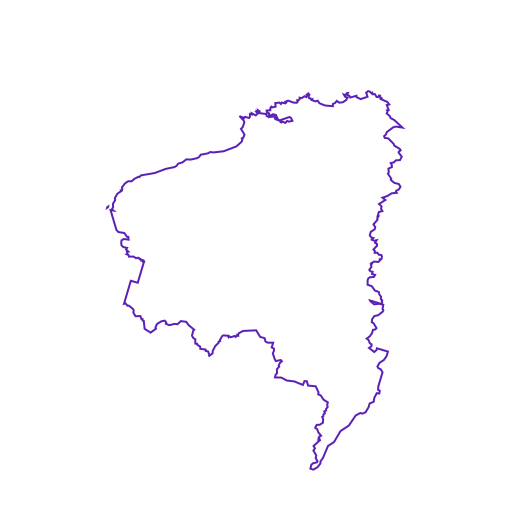 Clutha District, Otago, New Zealand, rotated 196°
{"feature_id": "76426892B1616776897166", "entity_name": "Clutha District", "entity_type": "district", "adm_level": 2, "iso_a3": "NZL", "parent_name": "New Zealand", "parent_adm1": "Otago", "projection": "robinson", "projection_center": [169.665, -46.039], "detail": "fine", "context": "isolated", "style": "outline", "palette": "violet", "viewbox_px": 512, "rotation_deg": 196, "n_neighbors": 0, "source": "geoboundaries", "source_scale": "gbopen_adm2", "svg_char_len": 6139}
<svg xmlns="http://www.w3.org/2000/svg" viewBox="0 0 512 512"><g transform="rotate(196 256 256)"><path d="M145.1,66.6L141.9,66.5L138.7,69.9L136.9,74.2L137.4,76.4L136.0,80.2L134.4,93.3L129.7,98.7L126.5,111.0L120.0,118.6L116.2,130.2L112.5,133.8L110.3,133.8L107.6,136.0L106.1,141.7L106.1,145.6L102.7,148.3L103.2,152.3L102.1,157.4L99.6,157.8L99.9,160.6L101.8,161.1L102.5,164.5L102.3,179.1L104.9,181.5L107.6,182.0L108.8,183.2L107.9,187.3L104.5,191.2L102.9,195.6L102.8,200.5L114.3,200.6L114.2,198.9L115.9,196.3L122.0,198.8L120.2,201.0L120.5,202.9L122.5,203.5L124.9,206.5L126.8,207.1L124.5,210.1L123.2,213.9L123.2,217.3L121.1,218.2L120.3,219.9L124.6,223.9L126.4,224.2L127.0,227.2L125.7,230.9L122.3,232.7L118.8,237.5L118.6,239.0L119.8,240.0L120.2,244.2L124.2,244.1L129.2,242.1L133.8,244.2L134.2,244.7L121.9,244.5L121.9,246.3L122.8,247.3L122.5,248.2L124.3,249.3L124.5,251.3L126.7,252.9L128.1,255.3L132.1,255.5L136.4,258.9L140.8,259.1L142.0,263.4L141.9,265.3L140.7,266.9L136.9,268.4L136.3,270.7L139.5,270.7L139.5,272.9L142.0,272.9L143.3,274.0L142.0,277.4L143.1,279.1L142.5,280.4L143.3,280.7L140.9,283.2L136.8,284.0L135.6,286.0L136.1,287.0L134.6,287.5L134.8,290.4L135.8,291.5L138.3,291.1L140.3,292.6L142.8,291.8L143.1,293.5L144.9,294.6L142.5,299.2L143.1,301.0L145.2,301.5L144.4,304.4L146.4,303.3L149.2,303.6L148.2,305.6L150.1,305.6L152.3,307.1L152.3,310.9L149.3,314.3L149.3,316.6L151.8,318.8L149.2,324.3L149.8,325.5L149.2,328.0L150.1,327.8L150.0,332.2L146.9,334.0L148.8,335.9L149.0,338.3L152.1,339.9L147.1,345.5L150.5,346.9L146.2,349.9L142.8,353.7L138.2,355.5L139.3,356.3L139.2,357.3L137.0,359.5L136.2,362.4L138.7,364.6L143.0,364.4L146.6,365.9L147.5,366.5L147.3,367.6L151.9,371.5L151.4,372.9L152.8,376.5L149.9,378.9L150.6,381.0L152.1,382.5L149.4,383.9L147.9,386.5L144.0,387.9L143.3,391.7L147.4,394.7L147.5,395.8L146.1,397.4L147.3,398.6L153.5,400.2L154.4,401.6L161.3,405.5L164.8,405.0L165.9,406.5L164.6,408.6L164.4,411.2L159.5,417.6L157.1,419.0L150.6,419.8L160.8,424.9L164.5,425.6L166.0,427.4L169.6,429.0L169.4,431.5L170.2,432.2L168.7,433.0L171.9,437.1L169.7,438.4L172.3,440.3L179.7,441.3L180.2,442.5L179.6,442.7L181.6,443.6L181.3,444.3L181.9,444.3L182.5,442.4L183.9,442.1L186.4,444.4L188.6,443.6L189.3,445.1L190.2,444.4L192.1,445.5L193.7,445.3L195.1,443.4L192.7,439.8L198.6,435.7L203.1,436.4L203.6,437.7L209.1,434.3L210.4,435.7L212.9,436.0L212.6,438.0L213.6,437.5L214.5,435.1L215.9,435.3L214.2,433.6L211.7,433.5L212.3,430.8L214.9,427.7L218.2,426.4L217.6,426.1L221.1,427.4L222.1,425.0L224.0,423.3L223.4,421.2L231.1,419.7L237.0,420.3L239.6,422.3L241.5,421.0L245.0,421.2L245.1,422.2L246.0,421.5L246.9,422.5L248.4,422.3L249.6,423.9L249.1,425.7L250.5,426.7L251.8,425.0L251.2,424.2L251.5,422.6L253.4,423.0L255.4,420.5L257.7,420.2L257.2,419.1L257.8,417.8L259.3,417.1L258.4,415.8L259.0,414.6L262.0,413.8L268.0,414.2L270.2,412.5L269.2,411.9L269.9,410.8L273.5,410.6L273.9,409.0L275.8,409.9L279.6,408.3L278.3,405.0L281.4,403.3L282.4,403.8L283.0,402.2L282.4,400.0L285.9,398.8L285.4,397.4L282.8,396.7L282.0,394.5L281.4,395.2L281.2,395.0L281.6,393.8L281.5,393.5L278.9,396.9L275.8,397.1L273.7,394.7L274.4,394.8L274.3,393.9L270.8,392.8L262.2,398.8L260.4,398.4L258.3,395.9L261.6,394.2L263.3,394.4L264.5,392.0L267.2,392.5L268.5,391.3L269.3,391.5L269.3,392.4L275.1,392.9L276.9,395.2L281.9,393.1L284.5,393.6L285.0,395.3L292.2,394.3L292.9,395.0L292.5,396.1L293.7,396.5L293.0,395.6L294.9,395.6L294.4,395.1L295.4,394.6L293.4,393.6L295.0,391.1L299.6,392.1L299.1,390.8L300.9,390.8L300.2,387.8L300.7,386.8L304.9,386.7L305.8,384.7L306.8,385.6L310.4,385.9L305.3,383.0L304.0,381.2L304.3,376.1L305.5,374.1L300.5,369.5L300.8,366.5L302.0,365.2L301.2,364.7L301.3,361.9L305.1,355.9L315.9,347.8L325.2,343.9L328.7,343.3L330.4,341.5L337.1,338.1L337.9,335.6L339.6,333.8L345.3,330.7L349.6,329.7L352.4,325.8L356.3,323.3L357.3,320.6L358.9,319.0L366.7,314.9L376.3,307.8L388.8,301.8L389.8,299.8L390.8,299.8L394.1,296.7L396.2,293.5L399.5,292.6L402.0,289.6L403.8,284.9L403.0,283.8L403.0,282.3L403.8,282.0L403.2,281.5L406.4,277.7L407.6,272.7L406.8,270.9L407.9,266.8L406.8,263.5L407.4,261.2L405.6,260.4L408.5,260.1L397.3,242.5L394.8,241.1L388.9,241.8L385.3,238.9L384.0,239.2L383.0,236.6L387.8,235.9L389.6,233.9L389.1,231.1L388.1,229.1L385.9,228.0L382.2,228.3L382.7,226.4L380.0,225.1L381.2,224.5L380.1,222.7L380.8,222.1L378.7,221.7L378.0,220.4L373.5,221.7L370.7,220.8L368.8,221.9L366.7,221.4L366.8,220.8L364.2,220.8L364.5,220.1L362.5,220.5L361.9,219.6L362.8,219.1L362.1,218.0L362.3,197.7L369.5,197.7L369.7,173.7L368.5,174.5L365.8,172.8L364.5,173.2L359.5,171.1L358.5,169.9L358.3,167.8L355.2,164.9L350.6,166.4L348.7,163.8L347.7,164.1L347.2,162.7L346.0,162.7L343.0,155.3L336.2,153.3L332.1,158.6L333.0,159.9L332.4,163.4L328.9,167.2L325.9,168.7L324.0,167.5L324.0,166.0L320.2,165.6L315.6,168.3L312.6,168.8L310.3,172.7L304.9,173.5L301.8,171.0L295.1,168.1L295.7,167.0L295.6,161.8L293.7,159.9L291.4,159.3L290.2,155.1L288.4,155.4L288.0,154.5L284.7,153.5L283.9,151.4L278.7,152.2L278.2,150.9L275.8,151.1L273.5,148.0L273.9,146.5L270.9,150.4L271.4,152.8L270.4,158.1L268.0,162.3L268.3,163.2L267.1,164.3L267.6,164.7L266.5,169.6L265.5,170.7L261.2,171.6L260.1,170.5L259.9,171.6L258.0,170.9L254.5,173.2L253.3,172.6L253.0,173.6L251.2,174.4L252.1,175.3L251.4,175.5L251.2,177.0L247.8,180.4L235.3,184.6L229.7,179.4L225.1,179.4L223.3,176.4L220.9,175.9L215.6,177.4L215.7,172.4L213.3,171.9L212.6,169.9L213.0,167.0L209.9,162.5L208.1,160.5L203.5,162.8L202.1,162.0L203.6,159.6L204.0,156.8L203.2,156.1L204.7,152.9L203.5,149.1L204.4,147.3L204.3,144.5L198.2,146.1L192.0,144.8L184.6,146.0L175.4,145.0L174.9,149.1L172.6,149.6L170.2,145.8L162.7,147.2L158.4,142.3L158.0,140.1L155.3,139.8L151.4,136.5L146.6,135.1L146.5,132.2L145.5,130.7L146.5,128.2L146.0,126.8L147.6,125.4L146.4,123.8L147.5,122.3L147.1,120.6L148.0,119.5L146.6,118.0L145.7,114.2L148.3,111.3L151.1,110.4L151.8,107.2L149.3,106.2L147.5,103.7L143.9,101.2L145.4,99.9L145.0,98.7L145.6,98.2L144.4,97.3L144.9,96.8L144.2,96.4L145.0,96.0L144.4,95.6L148.3,89.2L146.3,87.4L147.2,84.8L143.1,80.9L142.9,78.1L140.3,75.7L140.5,74.5L144.1,72.4L145.3,70.5L145.1,66.6ZM412.4,261.3L411.8,262.0L411.8,262.7L412.4,262.1L412.4,261.3Z" fill="none" stroke="#5b21b6" stroke-width="2"/></g></svg>